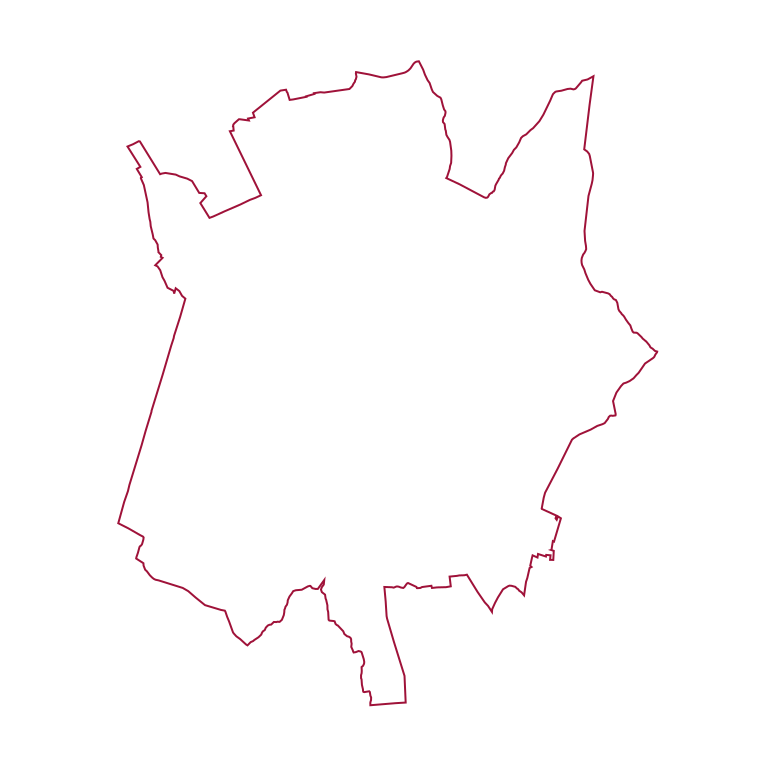 outline of Ixcaquixtla, Puebla, Mexico, rotated 356°
{"feature_id": "50627088B51298056113446", "entity_name": "Ixcaquixtla", "entity_type": "district", "adm_level": 2, "iso_a3": "MEX", "parent_name": "Mexico", "parent_adm1": "Puebla", "projection": "equal_earth", "projection_center": [-97.829, 18.478], "detail": "fine", "context": "isolated", "style": "outline", "palette": "rose", "viewbox_px": 768, "rotation_deg": 356, "n_neighbors": 0, "source": "geoboundaries", "source_scale": "gbopen_adm2", "svg_char_len": 6122}
<svg xmlns="http://www.w3.org/2000/svg" viewBox="0 0 768 768"><g transform="rotate(356 384 384)"><path d="M638.8,390.6L645.8,381.8L654.5,376.7L655.5,375.8L656.8,373.5L658.6,371.4L658.8,370.7L656.6,369.9L654.4,367.5L652.7,366.3L652.2,365.7L651.5,364.0L648.7,360.1L645.2,356.7L644.2,355.2L640.5,351.1L639.6,350.5L636.6,350.1L635.7,349.1L634.6,345.8L633.8,342.7L632.0,340.2L629.9,336.8L628.3,333.6L627.5,332.4L626.0,330.8L625.6,329.9L623.8,327.5L623.1,325.8L622.4,319.3L621.2,316.4L619.5,315.6L618.5,314.6L617.7,313.1L616.3,311.7L615.4,310.2L613.8,309.2L607.9,307.2L606.1,307.6L600.8,305.2L596.9,298.5L595.0,294.3L592.7,287.5L591.8,283.7L589.9,279.1L589.6,277.0L589.6,274.6L590.1,272.1L591.7,268.7L593.0,267.3L594.1,265.6L595.1,263.6L595.1,260.4L594.6,255.2L594.7,245.3L601.1,210.7L605.2,198.8L606.2,195.3L607.0,190.7L607.3,188.4L607.2,187.1L605.2,170.9L604.7,168.8L602.9,166.2L600.1,163.9L608.6,119.6L614.4,91.6L608.3,94.4L602.8,95.3L601.6,96.8L596.0,102.5L594.9,103.1L593.5,103.3L590.7,102.4L587.7,102.5L581.4,103.8L576.4,104.2L575.3,104.5L573.0,106.4L572.3,107.5L569.5,113.0L561.8,126.4L557.3,132.7L550.6,139.2L547.9,140.9L543.3,144.9L539.8,146.5L537.9,148.1L535.7,152.4L532.5,157.2L529.9,159.5L528.0,162.5L523.7,167.4L521.0,172.3L520.8,173.6L519.7,176.2L518.7,179.6L517.1,182.3L515.8,183.5L514.8,184.7L514.0,186.3L513.0,187.2L512.7,188.1L509.6,192.7L508.9,194.0L507.9,198.0L506.9,199.5L506.0,199.7L505.0,200.9L504.4,200.9L502.4,202.1L500.9,204.5L500.1,205.2L498.6,205.4L497.0,204.8L473.4,190.1L460.5,182.9L461.3,181.9L464.5,174.1L465.1,171.2L466.4,168.1L467.2,161.1L467.4,156.0L466.8,147.1L466.3,145.0L464.7,142.2L463.6,139.8L463.3,135.5L462.9,134.4L462.6,128.9L461.1,126.8L461.1,125.3L461.4,124.1L462.1,122.3L463.4,120.7L464.3,117.7L464.3,116.2L463.1,114.3L462.1,110.2L461.0,104.0L460.3,102.3L457.2,100.3L453.2,96.1L452.2,93.4L450.5,86.9L448.7,84.0L446.4,78.2L445.0,73.2L441.3,64.5L438.8,64.7L437.6,65.2L436.0,66.4L432.4,71.0L430.2,72.9L428.1,74.1L426.4,74.8L423.9,75.3L407.7,78.0L404.7,78.1L402.8,77.9L390.6,74.1L377.9,70.9L377.6,72.3L378.0,75.6L377.1,78.2L376.4,79.0L376.1,80.4L374.6,82.2L373.2,84.6L370.1,87.3L344.7,89.1L340.9,88.5L334.5,89.0L334.8,89.8L326.4,91.6L326.6,92.1L313.2,93.8L309.7,94.0L308.0,86.6L307.4,85.8L306.8,83.6L301.1,84.1L272.2,104.2L273.5,108.9L266.9,109.7L267.6,111.7L258.9,109.9L257.7,109.8L253.0,113.4L251.8,114.7L251.4,116.2L251.6,116.2L251.7,120.7L247.9,121.1L274.5,187.1L268.5,189.4L263.0,191.0L253.3,194.9L237.1,200.6L225.3,205.0L221.5,206.1L213.4,190.7L219.9,184.3L218.3,181.2L213.0,180.5L206.7,168.2L202.0,165.4L194.5,162.6L190.9,160.6L180.7,158.2L177.0,158.6L175.3,159.1L157.4,125.0L156.3,124.7L150.4,127.3L144.7,129.2L156.1,150.4L152.4,152.2L156.8,160.8L155.2,161.5L155.6,161.4L156.2,162.9L158.3,168.8L160.8,186.3L161.1,196.2L161.7,203.1L162.2,205.9L162.3,210.3L163.7,218.5L164.2,222.8L165.8,224.6L167.9,229.1L167.9,232.2L168.3,236.5L168.2,236.8L170.8,239.9L170.2,241.6L171.9,242.7L164.1,249.6L166.3,250.9L168.7,254.9L170.5,262.1L172.2,265.6L174.8,272.9L180.6,276.4L181.0,279.2L182.9,274.0L186.3,277.0L188.7,282.0L191.8,285.0L185.3,302.9L177.9,321.4L177.4,323.5L174.4,330.9L163.8,359.4L150.2,394.6L150.1,395.5L143.0,414.0L137.9,428.2L123.0,466.9L121.1,473.0L116.6,483.5L109.2,504.4L118.8,510.1L129.8,517.5L132.9,519.4L133.5,520.3L133.1,522.4L131.5,526.8L130.5,528.1L129.2,528.9L128.7,529.6L126.8,535.1L124.9,539.6L124.6,540.8L131.5,546.0L131.5,548.4L132.8,552.6L134.4,554.3L137.1,558.5L139.2,560.9L140.7,562.3L142.4,563.3L145.5,564.2L169.0,573.4L174.3,577.0L181.0,583.7L190.0,592.1L205.6,598.0L209.4,599.0L209.9,600.0L211.3,605.3L212.9,610.1L216.0,621.1L216.6,622.2L219.1,625.4L222.7,628.4L228.3,634.3L229.6,635.2L233.0,632.2L235.5,631.3L236.8,630.3L241.1,627.9L244.1,625.4L244.7,624.0L245.8,622.4L247.9,621.1L249.1,618.8L251.3,616.8L252.9,616.2L254.7,616.1L257.5,613.7L260.1,614.0L261.0,613.7L263.3,614.0L265.7,612.1L267.9,607.6L268.6,604.7L268.9,602.3L269.6,601.0L270.2,599.3L271.8,597.4L272.6,595.1L272.9,593.1L274.9,589.4L277.4,586.5L279.0,584.3L281.6,583.6L287.6,583.5L293.9,580.6L295.8,580.2L296.5,580.3L298.3,582.7L301.5,583.7L303.7,583.8L310.7,575.4L309.9,579.9L307.7,582.5L306.8,584.7L307.5,587.3L310.5,590.0L310.8,594.1L311.2,595.1L312.1,600.8L311.9,604.8L312.4,607.5L312.3,615.3L312.9,616.1L313.6,616.3L317.0,616.9L318.2,617.3L318.9,619.9L320.0,621.1L321.1,621.7L326.1,627.8L327.0,630.6L329.5,633.0L331.4,633.7L332.8,634.8L333.4,636.2L333.3,638.7L333.6,640.8L333.0,644.0L334.3,647.5L334.5,648.5L335.0,649.7L337.2,649.5L340.0,648.6L341.9,649.2L342.7,649.7L343.0,650.3L344.6,657.0L344.9,659.9L344.6,661.6L343.5,663.6L341.9,664.8L341.8,668.7L341.5,670.9L340.8,672.9L340.6,675.9L341.0,677.0L341.0,682.6L341.7,687.1L341.7,688.8L342.0,689.7L342.8,690.0L347.8,689.5L348.4,690.3L348.7,694.0L349.3,695.8L349.0,698.6L348.5,699.7L348.1,701.1L348.0,703.5L373.6,703.2L383.4,703.3L384.1,676.6L375.9,641.9L370.7,618.2L370.4,615.7L370.5,601.0L370.2,586.5L377.7,587.3L379.5,587.8L382.2,586.9L383.1,586.9L384.5,587.2L386.7,588.2L389.0,588.8L390.2,588.0L392.2,585.5L393.2,584.5L394.1,584.2L402.2,588.7L402.6,589.9L403.5,590.0L406.0,590.0L407.8,589.2L417.2,588.6L417.6,590.8L422.8,590.6L431.7,591.0L436.5,590.5L436.0,580.7L443.3,580.5L445.8,580.2L450.7,580.4L453.4,580.0L462.8,597.9L469.3,608.9L472.3,612.6L475.8,618.9L476.2,616.2L476.7,615.3L479.5,610.1L482.8,604.8L488.4,597.1L493.8,594.3L495.1,593.9L497.1,594.2L500.8,595.5L502.6,597.5L503.1,597.7L503.9,598.7L504.3,599.5L506.8,601.5L509.0,604.6L511.9,591.2L513.4,587.6L516.4,577.7L518.4,576.8L517.2,575.5L519.4,568.0L520.3,565.3L525.0,567.8L525.8,564.3L533.5,567.4L533.9,565.8L538.2,566.5L537.4,571.0L540.6,571.3L541.7,562.3L539.1,561.2L539.5,561.1L541.5,552.5L542.6,553.1L551.1,530.3L548.3,528.2L546.8,531.5L545.8,530.0L546.8,527.3L532.8,519.7L532.6,519.4L535.4,508.6L537.1,503.7L551.3,480.6L567.6,452.7L569.1,451.5L575.5,447.9L587.0,443.9L593.8,440.7L599.2,439.3L601.4,438.4L604.9,434.5L605.9,432.6L607.4,431.4L608.8,431.4L609.9,431.7L612.7,431.5L612.9,431.1L613.0,430.0L611.3,417.0L615.3,408.7L620.3,402.6L622.9,400.2L625.8,399.5L629.2,398.2L633.4,395.7L636.4,392.7L638.8,390.6Z" fill="none" stroke="#9f1239" stroke-width="2"/></g></svg>